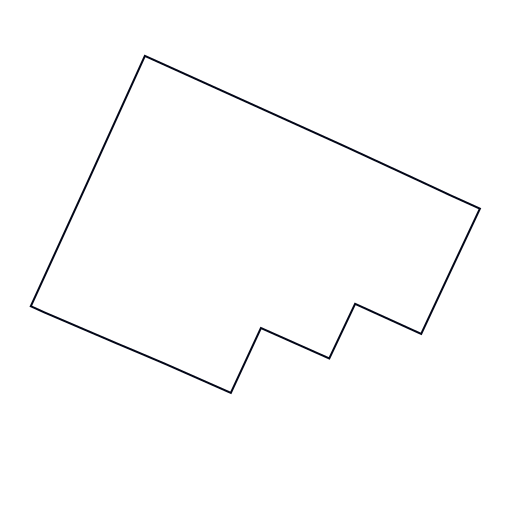 the district of Medina, Ohio, United States of America, rotated 204°
{"feature_id": "52423323B44345511959461", "entity_name": "Medina", "entity_type": "district", "adm_level": 2, "iso_a3": "USA", "parent_name": "United States of America", "parent_adm1": "Ohio", "projection": "natural_earth1", "projection_center": [-81.932, 41.133], "detail": "fine", "context": "isolated", "style": "outline", "palette": "ink", "viewbox_px": 512, "rotation_deg": 204, "n_neighbors": 0, "source": "geoboundaries", "source_scale": "gbopen_adm2", "svg_char_len": 379}
<svg xmlns="http://www.w3.org/2000/svg" viewBox="0 0 512 512"><g transform="rotate(204 256 256)"><path d="M438.9,393.6L439.9,253.1L441.3,118.5L426.0,118.4L348.1,119.5L324.4,120.0L294.9,120.5L223.3,120.7L222.2,192.2L147.4,192.2L146.0,252.6L73.4,252.0L72.1,322.1L70.7,390.3L104.1,390.5L142.6,391.2L219.5,392.3L438.9,393.6Z" fill="none" stroke="#020617" stroke-width="2"/></g></svg>